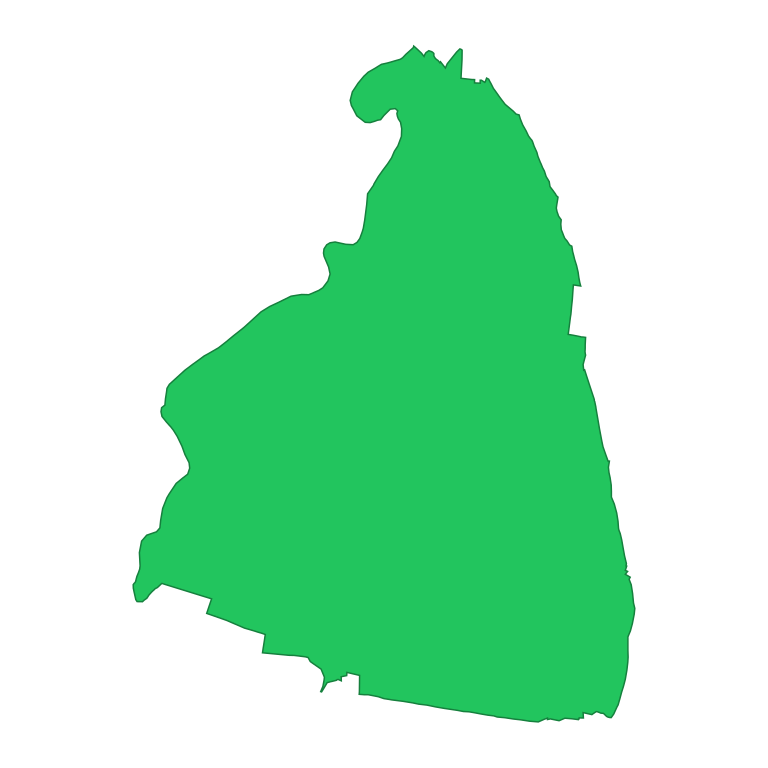 Poza Rica de Hidalgo, Veracruz, Mexico
{"feature_id": "50627088B10700770102469", "entity_name": "Poza Rica de Hidalgo", "entity_type": "district", "adm_level": 2, "iso_a3": "MEX", "parent_name": "Mexico", "parent_adm1": "Veracruz", "projection": "robinson", "projection_center": [-97.436, 20.539], "detail": "fine", "context": "isolated", "style": "filled", "palette": "green", "viewbox_px": 768, "rotation_deg": 0, "n_neighbors": 0, "source": "geoboundaries", "source_scale": "gbopen_adm2", "svg_char_len": 5571}
<svg xmlns="http://www.w3.org/2000/svg" viewBox="0 0 768 768"><path d="M611.2,717.6L613.7,714.1L617.0,706.9L618.1,704.9L619.4,700.3L619.6,699.7L621.7,691.9L623.4,686.5L623.6,685.8L625.3,679.3L626.9,670.0L627.7,663.1L627.8,662.1L628.1,657.1L627.9,650.4L627.9,648.2L627.9,642.4L627.9,636.9L630.4,630.9L632.4,623.5L634.2,614.2L634.8,608.4L633.5,603.0L632.6,593.6L631.2,584.7L629.1,579.3L630.2,577.2L625.3,574.3L627.6,571.4L625.3,570.4L625.5,569.8L626.7,566.1L626.0,565.9L626.4,563.6L624.5,555.7L623.0,547.3L621.7,539.9L620.2,533.5L618.9,530.1L618.5,528.2L618.0,521.2L616.7,513.0L614.3,504.1L611.4,497.1L611.4,491.7L611.4,491.3L611.2,485.1L610.1,477.7L609.0,472.7L608.4,467.3L609.4,461.1L608.0,461.0L607.1,458.4L605.9,455.1L603.0,446.8L601.8,441.1L599.5,428.9L597.7,418.3L596.0,408.4L595.8,406.8L595.7,406.3L594.7,401.5L594.4,400.9L594.2,399.8L594.3,399.6L594.0,398.6L589.7,385.6L586.7,376.4L584.6,369.8L583.7,370.2L583.6,369.1L583.1,364.6L583.8,361.8L585.6,355.1L585.3,353.8L585.2,353.2L585.0,351.2L585.1,350.4L585.2,347.9L585.2,347.7L585.2,345.7L585.2,345.4L585.2,344.8L585.5,339.0L585.5,338.7L585.6,337.4L582.8,337.0L581.9,337.0L580.8,336.9L580.5,336.7L577.1,336.0L573.0,335.2L568.2,334.4L569.6,323.5L570.4,317.2L570.9,314.1L571.3,309.7L571.6,306.2L572.3,299.8L572.9,291.1L573.3,285.6L573.4,284.9L574.4,285.1L575.6,285.2L577.1,285.5L578.8,285.7L580.1,285.9L580.7,286.0L580.2,284.2L579.7,282.2L578.8,277.3L578.1,272.2L576.6,265.7L574.6,259.3L573.6,255.2L572.6,251.4L572.4,249.9L571.8,246.2L569.6,245.0L567.0,240.9L564.8,238.4L563.6,235.6L562.6,232.9L561.3,229.7L560.8,224.2L561.2,219.8L558.6,216.2L557.4,212.7L557.0,211.6L556.3,208.1L556.8,204.5L557.7,199.2L558.0,197.1L556.3,195.6L555.6,194.2L553.4,191.1L550.0,186.6L549.2,181.6L546.1,176.5L544.4,171.1L542.5,167.5L541.2,164.2L540.3,162.3L537.9,156.3L536.9,152.4L534.1,146.2L532.6,141.8L531.9,140.3L530.5,138.7L529.9,137.9L528.5,136.0L526.2,131.1L522.7,124.9L520.3,118.9L519.1,114.9L516.1,114.1L513.3,111.2L507.7,106.5L505.1,104.3L501.8,100.0L499.4,96.8L496.1,92.1L493.4,88.4L492.1,85.8L491.7,85.0L491.0,83.6L489.5,80.9L488.7,79.2L486.6,78.1L485.4,81.4L484.8,82.4L481.4,80.2L480.2,80.2L480.2,83.2L474.5,82.9L474.6,79.6L471.5,79.5L461.0,78.3L462.0,59.8L462.1,51.9L462.1,50.1L461.4,49.5L459.9,48.9L456.6,52.1L447.3,63.7L445.4,68.0L440.5,61.8L439.9,62.8L438.0,60.5L436.4,59.4L435.1,58.1L434.8,57.5L434.1,56.5L433.8,55.4L433.9,53.9L433.8,53.4L433.0,52.6L431.8,51.7L428.8,50.7L426.0,52.6L425.1,54.0L424.1,56.1L424.0,56.4L421.4,53.1L417.9,49.8L415.2,47.3L413.7,46.1L413.5,47.2L413.0,47.9L408.6,51.9L405.9,54.3L402.6,57.8L402.1,58.1L400.3,59.3L394.0,61.1L390.3,62.2L387.4,63.0L384.3,63.7L381.5,64.3L377.4,66.8L376.3,67.5L375.7,67.9L371.7,70.2L369.6,71.4L368.2,72.2L363.9,76.2L358.0,83.3L355.8,86.7L352.4,91.8L350.2,100.4L351.4,105.5L353.1,108.6L356.8,115.8L365.2,122.3L370.2,122.6L374.6,121.3L377.6,120.2L380.6,119.7L383.9,115.5L390.2,109.2L395.3,108.6L397.7,110.8L396.9,113.6L397.4,116.3L398.4,119.0L400.5,122.2L401.7,128.7L401.4,136.5L397.9,145.9L394.4,151.3L391.6,157.8L387.6,163.9L383.3,169.6L378.4,176.5L374.0,183.9L373.5,185.3L367.6,193.8L366.7,204.6L364.7,220.2L363.3,228.3L362.2,232.0L359.8,238.5L357.0,242.4L353.2,244.7L345.7,244.3L335.1,242.0L330.0,242.8L326.7,244.8L324.0,248.9L323.5,253.1L324.1,256.4L328.6,267.0L329.7,272.2L330.1,274.0L328.0,280.9L322.8,287.8L318.8,290.4L308.8,294.7L301.7,294.5L296.5,295.3L291.0,296.2L277.6,302.8L269.7,306.5L261.1,311.8L244.0,327.4L233.3,335.9L225.8,342.1L218.5,347.8L208.5,353.6L204.1,356.0L199.0,359.8L192.6,364.4L184.8,370.3L180.4,374.3L169.4,384.3L167.0,388.3L166.5,392.2L165.5,398.6L164.9,405.1L161.6,407.7L161.0,411.7L162.0,416.5L166.5,422.1L169.6,425.6L170.6,426.6L173.4,430.2L177.3,436.5L182.0,446.3L185.0,454.6L189.1,462.7L189.7,468.2L187.7,474.2L182.9,477.9L176.2,483.4L169.2,493.9L166.9,497.8L162.7,508.4L160.7,520.1L159.9,527.9L156.5,531.8L146.7,535.2L141.6,541.1L139.4,552.6L140.1,565.8L139.7,569.1L138.5,572.5L136.9,576.4L136.2,579.0L135.9,580.4L135.5,581.7L135.0,582.6L134.2,583.3L133.2,584.7L133.3,587.3L133.3,588.1L133.6,589.5L134.0,591.5L135.8,599.6L137.1,601.6L142.5,601.7L144.2,600.1L146.8,598.3L147.5,597.3L148.0,596.5L148.9,595.1L151.5,592.2L152.5,591.2L154.4,589.5L155.2,588.6L156.5,588.0L157.3,587.6L158.2,586.8L161.7,583.5L162.2,583.5L164.7,584.3L200.8,595.5L211.6,598.8L206.7,613.4L226.1,620.2L235.7,624.3L244.5,628.1L250.4,629.8L254.1,630.9L257.8,632.1L261.6,633.2L265.3,634.5L264.8,637.6L264.5,639.8L264.1,642.4L263.7,645.0L263.2,648.0L262.7,651.5L262.5,652.8L289.2,655.3L294.0,655.4L299.1,656.0L299.7,656.1L305.3,656.8L308.1,657.5L310.2,661.4L310.5,661.7L314.3,664.4L321.1,669.1L324.4,677.2L324.1,680.0L322.9,686.4L320.7,691.6L321.6,691.9L323.7,688.5L327.2,682.6L328.9,682.2L330.1,681.8L332.4,681.3L334.0,680.9L336.4,680.3L337.2,679.6L338.3,679.5L341.3,680.8L341.2,676.7L346.7,675.6L346.9,672.4L359.6,675.4L359.4,691.6L359.2,694.3L364.1,694.7L368.1,694.7L378.3,696.7L383.9,698.6L389.1,699.4L391.9,699.9L403.0,701.3L412.8,702.9L418.5,704.1L427.0,705.1L435.6,706.9L444.3,708.4L456.5,710.2L458.3,710.5L460.8,711.0L463.4,711.5L469.1,711.8L474.9,712.8L480.6,713.9L487.6,715.1L493.9,715.9L496.9,716.9L497.2,717.0L504.9,717.7L513.3,719.0L520.6,719.8L529.6,721.2L538.3,721.9L544.4,719.2L547.5,718.1L547.5,719.5L549.1,719.2L549.9,719.0L550.5,718.9L551.2,719.1L559.1,720.7L564.9,718.2L572.1,718.8L578.3,719.6L578.4,719.0L579.0,719.0L579.2,717.9L583.4,718.0L583.1,712.6L591.9,714.6L592.4,714.2L596.2,711.6L597.5,711.8L599.4,712.5L600.7,713.1L603.5,713.4L606.6,716.4L608.0,717.1L609.6,717.5L611.2,717.6Z" fill="#22c55e" stroke="#15803d" stroke-width="1.5"/></svg>